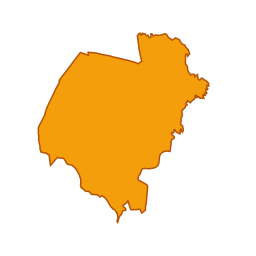 outline of Dagda, Dagdas, Latvia, rotated 72°
{"feature_id": "27541924B81677666502993", "entity_name": "Dagda", "entity_type": "district", "adm_level": 2, "iso_a3": "LVA", "parent_name": "Latvia", "parent_adm1": "Dagdas", "projection": "equal_earth", "projection_center": [27.535, 56.098], "detail": "fine", "context": "isolated", "style": "filled", "palette": "amber", "viewbox_px": 256, "rotation_deg": 72, "n_neighbors": 0, "source": "geoboundaries", "source_scale": "gbopen_adm2", "svg_char_len": 5733}
<svg xmlns="http://www.w3.org/2000/svg" viewBox="0 0 256 256"><g transform="rotate(72 128 128)"><path d="M123.8,218.3L123.8,217.7L124.8,217.0L125.8,215.3L126.7,213.5L128.4,212.4L129.0,211.4L139.6,213.3L134.1,204.2L134.6,203.8L134.8,203.6L134.9,203.1L135.3,202.1L135.6,201.7L135.9,201.3L136.1,200.9L136.2,200.3L136.3,200.1L136.3,199.4L137.3,198.6L138.1,198.2L138.8,198.1L139.6,197.8L142.4,197.4L143.1,197.0L143.7,196.7L144.4,195.9L145.3,194.0L146.2,192.7L147.1,192.3L147.7,191.8L148.3,191.2L150.2,190.5L151.0,190.3L151.2,189.9L151.5,189.8L152.2,189.8L154.2,189.5L155.5,189.2L156.7,189.0L156.9,188.9L158.1,188.8L159.6,188.8L160.7,188.8L161.7,188.8L163.6,189.2L164.4,189.4L165.1,189.6L166.0,190.0L167.3,190.7L167.5,190.8L167.8,190.8L168.4,190.8L169.3,190.9L169.7,191.0L169.9,190.9L170.4,190.9L170.7,190.8L170.8,190.7L171.0,190.5L171.3,190.2L171.6,189.8L172.0,189.5L172.3,189.3L172.8,189.1L173.6,188.7L174.4,188.3L174.6,188.1L174.8,188.0L175.0,187.8L175.2,187.6L175.4,187.1L175.5,186.9L175.6,186.7L175.7,186.4L175.7,186.2L175.7,185.8L175.7,185.7L175.8,185.5L175.9,185.4L176.0,185.2L176.3,184.9L176.7,184.6L177.5,184.2L178.1,183.9L179.2,183.5L179.4,183.4L179.6,183.3L179.8,183.1L180.1,182.9L180.2,182.7L180.3,182.5L180.5,181.8L180.7,181.2L180.8,180.7L181.1,180.1L181.3,179.5L181.6,178.9L182.3,177.5L183.8,176.8L184.1,176.6L184.4,176.4L184.6,176.2L184.8,175.9L184.9,175.5L184.8,175.1L184.5,174.7L184.3,174.4L184.3,174.2L184.5,173.7L185.0,173.2L185.6,172.7L187.3,171.5L188.0,171.2L190.1,170.4L192.2,169.8L194.3,169.4L195.1,169.3L195.9,169.1L196.7,168.9L197.6,168.6L198.6,168.2L199.1,167.7L199.9,167.6L200.4,167.4L200.7,167.1L201.4,166.0L201.8,165.9L203.4,165.5L204.0,165.2L204.3,165.0L205.5,165.0L206.1,164.6L210.2,165.2L210.7,165.4L211.1,165.9L212.2,166.6L212.6,166.7L212.8,166.9L213.3,167.2L213.7,167.3L214.5,167.0L213.6,166.3L209.9,163.9L208.1,161.0L205.4,158.7L205.1,157.5L205.6,156.1L205.2,155.4L204.6,155.2L203.6,155.2L201.6,156.6L200.6,156.8L200.0,156.6L198.8,152.5L197.5,151.0L197.3,150.7L206.6,150.6L207.6,147.1L208.4,145.0L208.5,143.0L209.4,141.4L210.9,141.5L211.8,141.4L212.7,141.3L213.1,141.2L212.9,140.4L211.4,136.7L209.2,136.2L206.9,134.9L204.3,133.5L191.9,128.3L189.5,127.4L189.2,127.4L188.8,127.4L188.3,127.6L188.0,127.7L187.8,127.8L186.7,128.6L184.8,130.2L180.5,134.3L178.7,134.0L177.9,133.5L177.0,132.7L176.4,131.9L175.9,131.1L175.5,130.7L174.6,129.9L173.6,129.1L172.2,128.2L171.9,127.8L171.4,127.2L171.3,126.8L171.3,126.4L171.5,125.4L171.9,124.0L172.4,122.7L172.9,121.5L173.2,120.7L173.4,119.9L173.6,119.1L173.6,118.1L173.9,116.8L174.0,115.5L174.0,114.7L173.9,113.8L173.5,112.5L173.3,112.0L173.0,111.5L172.6,111.0L172.3,110.6L171.7,110.1L171.0,109.6L170.0,109.1L168.8,108.6L167.6,108.0L165.7,107.2L164.7,106.7L163.6,105.9L162.6,104.7L162.1,103.6L161.7,102.4L161.6,101.1L161.6,99.9L161.7,99.3L162.2,97.3L163.3,95.3L156.7,92.1L154.0,91.1L152.5,89.7L152.1,89.0L152.3,87.6L151.8,87.1L150.5,86.9L149.2,87.5L148.1,88.2L147.5,88.4L146.5,88.4L145.9,87.7L146.5,86.8L146.7,86.1L146.1,85.5L145.4,85.3L144.2,85.1L143.9,84.4L144.2,84.0L145.4,83.6L146.4,83.5L148.5,81.9L149.4,80.9L149.6,80.4L146.5,79.1L145.5,78.4L145.3,78.2L145.4,77.9L145.6,77.7L145.9,77.7L147.1,78.2L147.8,78.1L148.8,77.4L147.3,76.2L146.3,75.8L144.5,75.7L143.1,75.5L142.5,75.5L142.2,75.6L141.5,76.4L141.1,76.7L140.6,76.8L137.5,75.2L137.0,75.1L135.4,74.8L135.0,74.6L134.4,73.5L133.4,72.8L131.9,72.2L130.0,71.9L129.0,71.9L128.6,71.7L128.1,71.3L126.1,67.2L124.5,66.3L124.3,65.7L124.5,65.0L124.5,64.8L124.0,64.7L123.5,65.0L122.7,65.3L122.3,65.2L121.2,63.2L120.7,63.4L120.4,62.8L122.9,61.2L123.3,60.7L122.0,59.4L121.9,58.8L121.0,55.9L119.9,55.2L119.6,54.7L119.3,54.5L118.7,54.3L118.3,54.3L118.0,54.2L117.9,54.1L118.2,54.0L119.9,53.9L120.2,53.7L119.8,53.3L118.2,52.9L118.2,52.7L119.2,52.4L119.5,52.4L119.9,52.6L120.2,52.7L120.3,52.6L120.4,52.3L120.4,52.0L120.3,51.6L120.2,51.3L120.5,51.0L120.9,50.7L121.5,50.5L121.9,50.3L122.1,50.1L122.1,49.2L122.9,47.4L123.1,47.0L123.3,46.6L123.2,46.6L122.2,46.9L121.3,46.6L121.1,46.6L120.7,46.7L120.2,46.9L119.9,46.7L119.8,46.4L119.8,46.2L120.0,45.9L120.2,45.6L120.7,44.8L121.0,44.6L121.0,44.4L120.9,44.3L120.5,44.3L120.1,44.5L119.6,44.8L119.4,44.8L119.0,44.5L118.7,44.3L118.5,44.1L118.5,43.9L118.9,43.3L119.5,42.7L119.5,42.4L119.3,42.4L118.9,42.4L118.2,42.5L117.3,42.6L116.0,42.2L115.3,42.0L115.0,41.8L115.0,41.6L115.5,41.2L116.1,40.8L116.1,40.6L115.9,40.3L115.6,40.1L115.4,40.0L115.0,40.1L114.2,40.5L113.7,40.6L113.0,40.3L112.4,40.0L111.8,39.7L111.9,39.4L112.3,39.0L113.0,38.5L113.1,38.3L113.0,38.1L111.3,37.8L110.0,37.7L109.2,38.0L107.7,38.9L103.2,42.5L104.6,45.1L102.8,46.3L98.7,45.4L99.7,48.7L97.6,48.3L96.7,50.2L97.0,52.0L94.7,52.8L91.6,53.4L88.3,52.6L86.5,52.8L85.0,53.6L75.7,50.5L75.9,49.2L78.2,49.1L76.6,46.5L72.1,46.5L69.0,48.2L67.0,48.2L64.8,50.5L63.1,51.2L59.9,51.9L56.9,55.0L57.9,57.7L58.2,58.8L57.1,59.3L54.2,61.7L51.2,62.3L50.4,62.8L49.7,64.4L49.8,68.7L49.4,70.1L48.8,70.8L48.8,71.7L48.6,72.3L48.0,72.8L48.2,75.8L46.4,75.9L45.6,76.4L45.6,77.1L48.2,78.1L48.8,78.8L48.9,79.4L48.2,80.1L46.7,80.3L45.9,80.5L46.1,81.4L45.9,81.8L44.9,82.3L43.5,82.7L43.5,84.0L42.4,84.7L42.3,85.3L42.5,85.5L43.5,86.1L43.9,86.4L43.9,86.7L43.0,87.3L41.5,87.3L41.9,88.9L43.2,90.6L53.0,92.4L54.2,92.7L55.7,93.0L65.6,94.1L68.8,94.3L69.4,97.0L70.2,98.0L67.0,102.1L64.5,105.9L57.9,116.5L55.3,121.1L54.4,122.0L49.8,130.4L46.6,135.5L45.1,139.3L43.6,142.5L46.5,143.2L41.5,150.0L48.7,160.4L55.0,169.3L58.5,174.6L61.4,178.7L63.4,179.1L67.7,183.8L83.3,198.6L87.3,201.5L90.3,203.5L96.3,209.6L99.3,212.6L101.3,213.7L102.5,213.9L103.2,213.9L104.1,214.6L108.1,215.4L111.4,216.5L115.0,217.1L117.9,217.3L118.8,217.5L119.8,217.8L120.3,218.0L120.9,218.2L121.6,218.2L122.4,218.2L123.2,218.2L123.8,218.3Z" fill="#f59e0b" stroke="#b45309" stroke-width="1.5"/></g></svg>